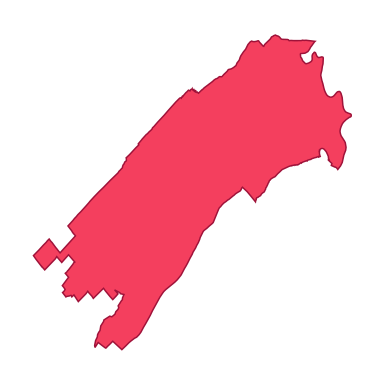 Hudesti, Botosani, Romania, rotated 93°
{"feature_id": "2599482B81424003369239", "entity_name": "Hudesti", "entity_type": "district", "adm_level": 2, "iso_a3": "ROU", "parent_name": "Romania", "parent_adm1": "Botosani", "projection": "equal_earth", "projection_center": [26.51, 48.142], "detail": "fine", "context": "isolated", "style": "filled", "palette": "rose", "viewbox_px": 384, "rotation_deg": 93, "n_neighbors": 0, "source": "geoboundaries", "source_scale": "gbopen_adm2", "svg_char_len": 5731}
<svg xmlns="http://www.w3.org/2000/svg" viewBox="0 0 384 384"><g transform="rotate(93 192 192)"><path d="M263.8,347.0L267.4,344.2L273.8,338.7L273.7,338.7L277.5,335.0L265.9,325.0L263.6,323.7L269.2,318.4L261.2,312.0L268.1,305.4L269.0,306.5L270.3,307.1L276.9,311.7L277.2,312.1L278.4,312.8L279.8,314.3L283.6,310.8L292.3,316.6L293.8,315.2L295.9,313.6L297.9,314.7L299.2,316.0L303.4,312.4L302.9,311.9L302.2,308.9L301.6,307.7L301.6,307.2L303.0,306.5L301.0,304.5L307.4,299.8L299.2,292.6L296.6,290.9L298.0,289.8L301.3,286.5L303.4,285.0L294.7,277.1L292.8,275.3L295.4,273.2L300.9,268.2L303.6,265.5L300.1,262.5L297.6,260.6L295.6,262.4L293.8,264.2L296.3,258.8L297.3,258.2L297.9,254.6L301.5,255.9L303.2,255.9L304.3,256.8L309.6,259.8L311.2,259.1L313.0,259.7L315.5,261.8L318.1,262.6L320.8,265.5L320.3,267.6L324.3,273.2L326.1,273.6L330.5,276.1L335.1,276.6L337.0,277.8L339.3,278.8L341.8,279.0L345.4,280.5L350.3,281.2L351.8,280.9L351.9,280.5L347.2,277.8L352.0,270.8L352.4,269.9L352.0,269.4L350.7,268.4L348.4,266.2L345.2,263.3L353.1,253.8L349.4,250.3L345.8,247.1L344.1,245.3L341.1,241.8L339.9,239.7L337.4,237.5L334.7,235.7L329.3,233.2L325.5,231.2L317.3,227.2L312.7,225.3L298.8,218.6L294.6,216.1L292.9,215.0L290.9,213.2L282.9,204.4L280.4,202.1L275.7,198.7L274.7,198.2L268.8,195.5L266.4,194.2L263.3,192.7L258.2,190.5L254.1,188.5L252.2,187.9L247.5,185.4L245.3,184.6L242.3,183.1L239.0,181.9L236.9,181.4L230.9,178.8L229.8,178.0L227.5,175.3L225.4,173.3L222.2,169.9L221.3,169.2L208.0,164.6L206.4,163.9L205.9,163.5L205.3,162.8L203.2,161.3L201.3,159.6L199.6,157.4L198.2,156.0L197.6,154.9L193.7,150.7L193.2,150.0L191.5,148.4L190.1,146.5L188.5,144.0L187.3,143.2L185.4,142.5L184.6,141.9L188.7,137.0L194.0,132.1L198.5,128.1L197.7,128.0L196.3,127.5L195.3,127.5L194.6,127.2L194.2,126.7L193.9,125.9L193.0,124.9L192.0,123.3L190.8,122.8L189.9,122.1L189.2,121.4L188.4,120.2L187.8,119.7L186.6,119.3L185.5,118.7L184.0,118.5L183.0,117.8L181.9,117.4L180.6,116.8L179.4,116.5L178.5,115.9L177.1,115.5L176.5,115.2L176.0,114.6L175.2,114.2L173.7,112.3L172.3,109.8L169.3,107.4L167.3,105.4L164.9,103.2L161.3,96.4L160.4,93.8L160.6,93.8L159.7,91.2L159.6,90.7L159.7,90.3L159.8,90.3L159.4,89.5L159.6,88.6L159.2,88.2L159.3,87.7L159.2,87.4L157.1,84.7L157.4,84.2L156.9,83.9L156.2,82.6L154.7,79.0L155.0,78.9L155.1,78.7L154.3,78.1L153.9,77.6L153.6,76.3L153.4,76.0L153.3,75.1L153.1,74.8L152.7,74.6L151.2,70.9L151.1,70.1L149.9,67.6L150.5,67.4L149.8,65.8L149.1,66.1L147.2,66.7L145.6,66.8L145.2,67.1L144.1,66.5L143.5,67.0L142.5,66.1L141.9,65.2L141.7,64.4L141.8,63.5L142.1,62.7L143.2,61.5L144.7,60.1L146.9,58.9L149.1,57.8L151.4,57.4L152.6,56.8L152.6,57.5L153.0,57.5L156.2,53.8L158.2,54.3L159.7,50.5L159.7,49.8L160.6,48.6L161.9,47.6L158.1,45.0L154.6,43.5L147.2,42.3L142.2,40.7L139.3,40.5L134.8,41.5L133.3,42.3L128.3,45.9L127.3,46.4L125.1,47.1L123.4,47.4L121.0,47.1L118.8,46.5L116.0,45.4L114.2,44.2L111.7,41.9L109.1,38.7L108.8,37.7L108.4,37.3L107.9,37.0L106.7,37.0L105.8,37.6L104.9,40.6L104.1,42.5L103.4,43.3L101.5,44.6L100.4,45.1L97.4,45.9L90.1,46.9L89.0,47.2L85.6,48.4L84.2,49.4L83.9,49.9L83.9,50.5L84.2,51.5L84.4,52.0L85.2,52.8L88.4,55.2L89.4,56.4L89.8,57.4L90.0,57.9L90.0,58.9L89.9,59.4L89.1,61.3L87.9,62.6L86.3,63.6L84.0,64.8L81.5,65.7L77.0,67.0L73.7,68.2L68.9,69.5L67.2,69.4L63.5,68.7L59.7,68.4L57.2,67.9L51.7,67.9L50.7,68.1L50.4,68.6L50.3,69.7L50.9,71.4L51.1,72.6L50.9,73.1L50.1,74.1L49.0,74.8L46.6,75.9L46.2,76.4L46.0,77.0L46.3,77.5L46.9,77.7L47.8,78.6L48.4,78.9L49.1,79.0L49.8,79.2L53.1,78.9L54.2,79.1L54.7,79.3L55.6,80.0L56.8,81.7L57.3,82.7L57.9,84.6L57.9,85.1L57.7,85.6L55.1,88.4L52.7,89.5L51.7,90.5L48.7,91.0L48.1,90.8L47.5,86.7L47.3,86.1L45.7,83.6L43.5,82.2L41.1,81.1L40.0,80.3L35.6,77.5L35.1,77.0L34.8,81.5L34.5,86.2L34.7,87.4L34.7,89.0L34.6,89.4L35.1,91.0L35.5,98.0L35.5,101.3L35.8,102.8L35.7,103.1L35.0,103.6L34.7,104.7L34.8,109.6L34.7,110.5L34.4,111.1L33.9,111.6L32.7,112.7L31.9,113.9L31.3,116.2L30.9,116.7L31.3,118.0L31.9,119.0L32.2,119.2L33.0,120.7L35.2,121.9L40.9,127.2L42.8,128.0L42.6,128.6L39.0,132.3L37.6,133.4L37.5,133.9L38.2,135.7L38.6,137.6L38.6,139.1L38.2,140.2L38.2,140.5L38.8,141.2L38.9,141.6L41.7,143.8L46.6,145.9L49.3,147.9L53.3,150.3L55.1,151.0L57.1,151.5L58.1,151.9L60.8,153.8L63.5,154.7L64.7,156.2L65.3,156.7L66.7,158.8L67.1,159.6L67.8,162.0L68.2,162.4L69.6,163.2L73.0,166.4L75.2,168.1L75.4,169.1L75.3,169.8L75.3,170.3L75.5,170.8L76.3,171.8L77.1,172.4L77.7,174.0L78.9,175.7L80.5,177.2L87.6,185.6L88.0,185.8L89.4,187.2L89.3,187.3L89.7,187.7L93.0,190.7L92.5,191.4L92.0,191.8L91.9,192.0L92.2,192.5L91.9,192.7L91.8,192.9L92.0,193.2L92.0,193.8L91.8,194.0L91.6,194.2L91.2,194.2L91.0,193.5L90.6,193.6L90.5,194.1L91.2,194.3L91.3,194.7L90.8,194.9L90.8,195.5L90.6,195.9L90.0,195.4L89.6,195.5L89.9,196.3L89.4,196.6L89.5,197.2L88.9,197.3L89.4,197.6L89.6,198.3L90.2,198.9L91.1,199.3L90.5,200.9L91.7,201.9L92.1,202.2L93.0,203.2L96.1,205.6L96.4,205.7L96.5,206.2L97.1,206.3L97.1,206.8L97.4,206.9L97.7,206.8L97.9,206.9L98.1,207.4L98.6,207.5L98.4,207.7L98.4,207.8L98.9,209.2L103.0,212.9L112.1,220.2L116.9,223.9L123.9,229.8L127.1,232.3L128.3,233.2L130.0,234.8L130.8,235.0L132.1,235.9L134.4,238.2L136.2,239.6L136.8,240.5L141.7,244.5L142.5,245.0L146.7,248.2L147.1,248.1L147.7,247.6L147.9,247.7L150.8,250.4L157.9,256.3L161.4,259.6L162.0,259.3L164.2,259.2L165.7,260.8L167.4,261.3L168.2,262.0L169.8,262.6L171.5,262.8L173.2,264.3L173.8,264.7L175.0,265.9L176.8,266.9L185.1,274.6L192.0,280.6L196.5,284.8L201.9,289.5L207.0,293.7L207.8,294.2L211.6,297.2L217.5,302.0L220.6,304.8L222.7,306.3L224.5,307.9L226.9,309.6L232.4,314.1L237.2,310.0L238.1,309.5L239.5,308.4L241.2,306.7L241.9,306.1L259.7,320.6L256.6,323.4L255.6,324.2L254.7,325.1L249.8,329.1L248.6,330.4L246.4,332.2L248.3,333.9L249.9,335.0L252.9,337.7L257.9,341.8L263.8,347.0Z" fill="#f43f5e" stroke="#9f1239" stroke-width="1.5"/></g></svg>